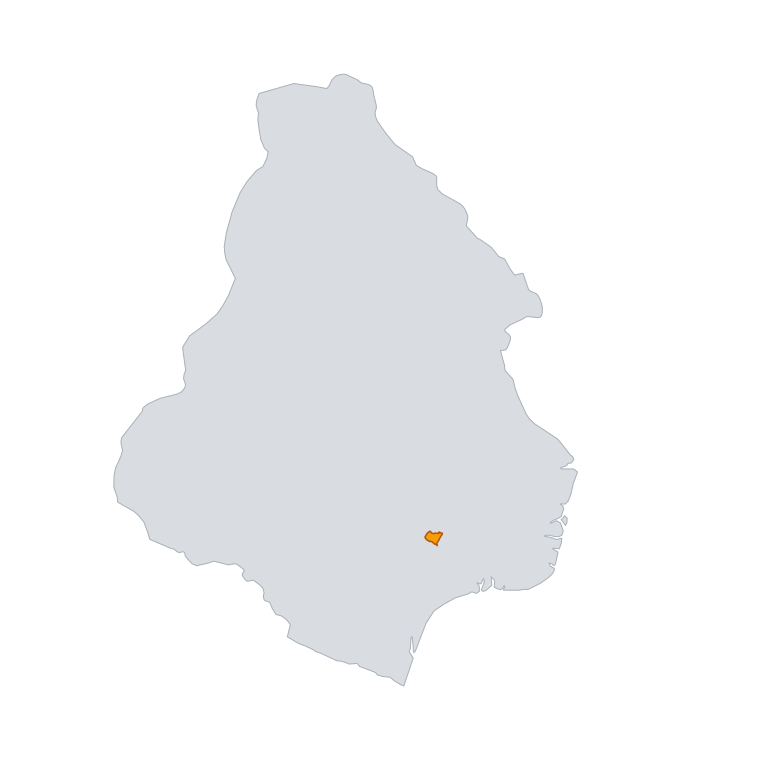 Owan West, Edo, Nigeria shown in context, rotated 291°
{"feature_id": "59680162B12689851933854", "entity_name": "Owan West", "entity_type": "district", "adm_level": 2, "iso_a3": "NGA", "parent_name": "Nigeria", "parent_adm1": "Edo", "projection": "orthographic", "projection_center": [5.884, 6.933], "detail": "fine", "context": "in_parent", "style": "filled", "palette": "amber", "viewbox_px": 768, "rotation_deg": 291, "n_neighbors": 0, "source": "geoboundaries", "source_scale": "gbopen_adm2", "svg_char_len": 5598}
<svg xmlns="http://www.w3.org/2000/svg" viewBox="0 0 768 768"><g transform="rotate(291 384 384)"><path d="M610.5,163.3L632.2,192.2L637.3,214.0L639.3,224.7L642.8,225.9L649.3,226.4L654.1,228.5L657.0,232.0L658.9,235.3L659.3,237.3L658.4,250.4L656.9,255.2L658.0,261.6L657.8,264.4L657.1,266.3L654.3,268.5L650.4,270.7L641.1,277.1L638.4,278.1L634.5,278.3L631.1,279.9L627.1,283.4L618.6,296.0L611.4,308.8L606.3,329.3L599.8,335.7L598.7,341.4L598.0,354.2L597.0,358.0L596.0,359.2L588.8,361.7L584.7,364.7L582.3,370.5L579.5,390.2L578.5,393.4L576.2,396.9L572.5,400.6L569.4,402.7L561.1,404.2L553.5,419.0L553.4,421.6L550.1,435.1L544.2,445.3L543.9,451.8L536.4,460.8L532.5,466.9L536.7,473.2L537.0,474.2L524.0,485.1L523.3,486.7L522.8,494.1L521.8,496.1L519.4,498.9L515.9,501.9L512.4,504.3L508.3,505.9L504.4,506.6L502.2,505.7L500.9,503.4L498.6,494.4L497.5,492.4L494.9,490.7L484.7,480.8L478.6,477.4L477.3,477.6L476.3,478.6L474.6,483.7L472.9,485.5L469.7,486.2L464.1,486.3L460.0,485.6L459.0,484.6L457.0,480.7L444.5,489.9L440.1,492.0L434.6,502.8L426.7,508.2L421.3,512.9L406.7,527.6L403.8,532.0L400.9,538.4L394.8,566.0L384.7,583.2L383.4,586.9L382.8,586.8L381.5,588.3L377.5,587.3L375.8,584.2L373.3,583.7L369.1,579.0L368.2,579.8L372.7,591.6L371.1,596.2L358.7,596.4L348.0,598.0L340.6,597.9L336.9,596.2L335.3,591.8L334.7,592.3L334.3,594.6L332.0,596.5L323.7,596.9L320.1,593.9L317.1,590.5L313.9,589.0L314.4,590.4L318.1,593.7L317.6,598.5L311.0,604.0L306.8,604.3L304.2,602.0L302.8,598.1L302.1,592.4L300.4,588.6L299.4,588.6L300.6,594.8L300.6,600.7L303.8,605.2L299.0,606.6L293.1,606.7L292.4,605.1L291.6,601.3L290.6,600.4L289.4,606.7L277.5,608.5L275.8,608.2L275.4,607.0L276.3,605.3L276.1,602.4L273.5,604.6L273.0,609.0L271.5,609.7L267.0,609.1L262.0,606.8L253.9,601.3L244.0,592.3L242.4,588.3L239.6,583.3L234.4,569.6L235.4,569.0L237.7,569.7L238.8,568.4L234.7,567.5L233.8,566.5L233.5,563.5L233.7,559.8L239.9,557.9L241.4,555.6L242.2,553.3L234.6,556.8L227.4,552.9L225.8,550.5L226.6,548.7L234.9,548.6L237.9,546.9L236.1,546.3L232.9,546.3L231.7,545.2L231.8,542.3L230.8,543.0L229.4,545.4L224.6,547.3L221.7,545.4L221.5,541.4L220.8,539.5L218.4,538.1L210.0,527.3L199.3,518.3L189.9,512.0L175.6,509.0L145.7,509.0L144.0,508.2L145.8,506.7L148.5,505.8L158.1,500.8L156.5,500.2L146.5,503.3L143.0,503.5L138.6,509.5L109.2,510.7L109.2,507.9L110.6,500.0L112.4,494.6L110.5,487.9L110.0,481.9L111.3,480.0L111.7,477.8L111.5,462.3L113.1,460.1L113.2,458.5L110.1,451.9L110.2,446.9L109.7,442.0L108.7,439.8L110.0,420.9L109.7,416.3L110.6,413.0L111.2,404.9L111.2,396.9L113.3,384.4L125.8,382.8L128.9,377.9L130.7,371.7L130.2,365.6L134.3,360.2L139.3,355.5L139.1,350.2L140.5,348.6L142.8,347.4L146.2,346.8L149.9,344.2L152.0,339.6L154.1,332.3L150.9,327.2L151.0,326.1L152.2,323.3L154.2,320.6L155.8,319.7L159.4,320.5L160.6,319.4L163.0,311.3L162.8,309.1L159.4,303.7L157.7,289.1L156.7,287.2L154.1,284.5L147.2,274.2L147.4,269.3L150.4,263.1L152.3,260.1L155.0,258.4L155.5,257.0L154.8,255.2L153.4,253.9L153.2,251.1L154.5,247.2L154.2,242.9L155.0,221.0L160.7,216.7L168.9,209.5L173.2,202.1L175.4,196.4L178.3,177.6L182.7,175.6L190.9,168.7L202.1,164.7L209.4,163.5L222.1,164.3L228.5,163.7L234.0,160.0L236.5,158.9L240.0,158.3L271.7,168.1L274.6,167.6L277.0,168.3L280.9,170.9L290.3,180.0L300.2,194.1L303.2,197.1L306.3,198.7L309.4,199.3L311.8,199.1L314.0,197.7L317.1,195.0L321.8,193.8L325.6,194.0L345.3,183.2L347.2,183.0L359.3,185.3L376.0,196.0L389.6,203.1L399.1,205.4L410.3,207.0L429.3,207.4L443.5,192.0L448.7,188.7L455.0,185.6L468.3,182.7L490.3,180.5L511.1,181.1L524.0,183.6L537.6,188.4L543.6,193.0L552.8,193.7L559.3,192.7L561.3,187.9L567.8,181.6L577.5,175.8L585.4,171.6L592.0,169.7L597.7,165.1L602.4,163.5L610.5,163.3ZM324.5,603.0L320.0,604.5L317.0,604.1L321.0,597.9L323.1,599.2L325.8,599.7L324.5,603.0Z" fill="#d9dde1" stroke="#a8b0b8" stroke-width="1"/><path d="M265.5,492.0L265.5,491.8L265.4,490.5L265.4,490.0L265.4,489.7L265.5,489.4L265.5,488.5L265.3,488.3L265.1,488.3L264.8,488.4L264.5,488.5L264.3,488.6L264.1,488.3L264.0,488.1L263.9,487.9L263.8,487.5L263.7,487.4L263.6,487.1L263.5,486.4L263.4,486.1L263.4,485.8L263.3,485.5L263.2,485.3L263.0,485.0L262.8,484.9L262.5,484.5L262.3,484.2L262.1,483.9L261.9,482.4L262.2,481.5L262.7,480.7L263.0,480.2L263.0,479.9L262.7,479.6L262.6,479.3L262.6,479.2L262.2,479.0L261.9,478.8L261.6,478.7L261.3,478.5L261.0,478.3L260.6,478.1L260.3,478.1L260.1,477.9L259.8,477.9L259.3,477.7L259.0,477.6L258.6,477.6L258.3,477.6L258.1,477.5L257.9,477.5L257.6,477.5L257.2,477.5L256.9,477.3L256.6,477.1L256.3,477.1L256.2,477.1L255.9,477.3L255.6,477.4L255.4,477.6L255.1,477.6L254.7,478.1L254.6,478.5L254.5,478.8L254.4,479.0L254.2,479.2L254.1,479.3L254.0,479.7L254.0,479.9L253.9,480.0L253.8,480.3L253.7,480.4L253.7,480.7L253.7,480.8L253.7,481.0L253.6,481.5L253.5,481.8L253.5,482.0L253.5,482.4L253.3,482.9L253.5,483.3L253.6,483.5L253.7,483.9L253.8,484.1L253.8,484.3L253.9,484.6L253.9,484.8L254.0,485.1L254.0,485.3L253.9,485.5L253.7,485.8L253.5,486.1L253.4,486.4L253.4,486.7L253.4,487.1L253.4,487.5L253.2,487.8L253.0,488.1L252.8,488.3L252.7,488.6L252.6,489.0L252.8,489.4L252.8,489.6L252.9,489.8L253.0,490.0L252.6,491.0L252.5,491.3L252.0,491.6L251.7,491.7L252.0,491.7L252.4,491.6L252.7,491.4L252.9,491.3L253.2,491.0L253.4,490.8L253.6,490.6L253.9,490.3L254.1,490.3L254.7,490.5L255.4,490.7L255.8,490.7L256.2,490.8L256.7,490.9L257.3,491.0L258.0,491.2L258.3,491.2L258.7,491.2L258.8,491.2L259.4,491.3L259.8,491.3L260.2,491.3L260.5,491.4L261.1,491.4L261.4,491.5L261.8,491.5L262.1,491.6L262.5,491.8L262.9,491.7L263.1,491.8L263.4,491.9L263.9,492.1L264.4,492.2L264.6,492.2L264.9,492.1L265.0,492.1L265.3,492.0L265.5,492.0Z" fill="#f59e0b" stroke="#b45309" stroke-width="1.5"/></g></svg>